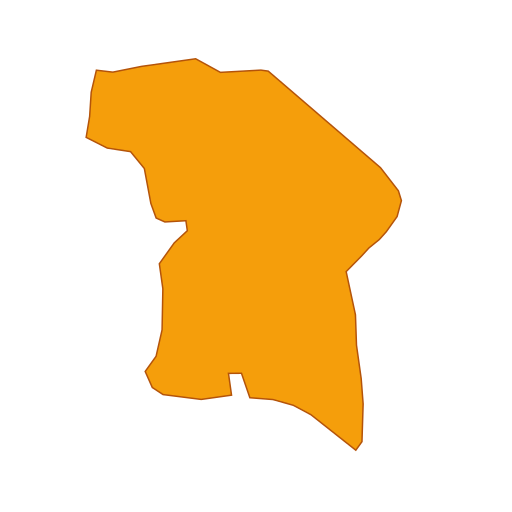 the district of Bucheon-si, Gyeonggi, South Korea, rotated 172°
{"feature_id": "91817680B41928523553758", "entity_name": "Bucheon-si", "entity_type": "district", "adm_level": 2, "iso_a3": "KOR", "parent_name": "South Korea", "parent_adm1": "Gyeonggi", "projection": "equal_earth", "projection_center": [126.801, 37.499], "detail": "fine", "context": "isolated", "style": "filled", "palette": "amber", "viewbox_px": 512, "rotation_deg": 172, "n_neighbors": 0, "source": "geoboundaries", "source_scale": "gbopen_adm2", "svg_char_len": 803}
<svg xmlns="http://www.w3.org/2000/svg" viewBox="0 0 512 512"><g transform="rotate(172 256 256)"><path d="M388.2,462.2L396.4,441.1L401.3,417.4L407.7,397.1L388.3,383.6L365.7,376.8L354.4,358.2L352.8,322.7L349.6,307.5L341.5,302.4L320.5,300.7L320.5,290.6L335.1,280.4L352.8,261.8L352.8,236.5L359.3,195.9L368.9,170.6L381.8,157.1L377.3,141.3L377.0,140.2L367.3,131.7L330.2,121.6L312.5,121.6L299.6,121.6L299.6,143.6L286.7,141.9L281.8,116.5L259.2,111.5L239.9,103.0L223.7,91.2L184.2,49.8L176.9,57.4L170.5,94.6L168.9,119.9L168.9,153.7L165.7,183.9L168.9,228.0L151.1,241.6L143.0,248.3L131.7,255.1L123.7,261.8L110.8,275.4L104.3,290.6L105.9,300.7L120.4,326.1L218.2,437.4L225.3,439.4L265.7,442.8L288.3,459.7L309.3,459.7L343.1,459.7L372.2,458.0L388.2,462.2Z" fill="#f59e0b" stroke="#b45309" stroke-width="1.5"/></g></svg>